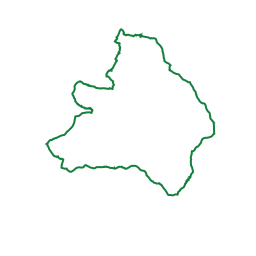 the district of Bruiu, Sibiu, Romania, rotated 143°
{"feature_id": "2599482B45043603267920", "entity_name": "Bruiu", "entity_type": "district", "adm_level": 2, "iso_a3": "ROU", "parent_name": "Romania", "parent_adm1": "Sibiu", "projection": "equal_earth", "projection_center": [24.694, 45.868], "detail": "fine", "context": "isolated", "style": "outline", "palette": "green", "viewbox_px": 256, "rotation_deg": 143, "n_neighbors": 0, "source": "geoboundaries", "source_scale": "gbopen_adm2", "svg_char_len": 5778}
<svg xmlns="http://www.w3.org/2000/svg" viewBox="0 0 256 256"><g transform="rotate(143 128 128)"><path d="M138.2,194.2L140.4,194.7L141.9,194.7L142.9,194.6L144.0,194.3L145.9,193.2L146.6,191.7L147.7,190.7L149.6,189.6L151.2,189.3L151.7,188.9L152.2,188.2L152.2,186.9L152.4,186.6L152.3,186.4L152.7,184.9L153.0,184.6L152.8,183.7L153.2,182.9L153.4,181.7L154.0,181.2L153.9,177.6L153.6,177.5L153.5,177.1L153.7,176.4L153.2,175.8L153.3,175.3L153.1,174.9L152.5,174.1L152.0,173.8L152.3,173.4L152.4,173.0L152.1,172.9L152.1,172.5L151.4,171.4L150.5,170.5L150.7,169.9L150.4,169.7L150.4,169.3L149.6,168.9L149.5,168.6L149.2,168.6L148.4,167.5L147.8,167.5L147.3,167.2L146.8,167.3L146.5,167.0L146.7,166.8L146.7,166.5L146.2,166.7L145.8,166.0L146.1,164.7L145.6,164.1L145.9,163.8L145.9,163.4L147.9,162.2L148.1,162.1L149.1,163.5L151.3,165.1L155.7,167.4L159.7,167.1L163.1,168.9L167.8,164.6L171.0,162.8L173.5,162.2L174.3,162.2L177.3,161.7L178.9,161.7L182.4,160.8L183.3,160.9L184.9,161.8L186.2,162.2L191.3,163.2L192.1,163.7L193.1,163.7L193.9,164.2L194.8,164.3L195.1,164.1L196.0,164.3L196.2,164.6L196.7,164.6L197.0,165.0L197.7,165.1L199.5,165.0L200.8,164.4L201.5,164.3L201.7,164.1L202.0,164.3L202.4,164.3L201.9,163.7L202.8,162.7L203.0,162.0L202.8,161.7L202.8,161.3L203.7,158.3L204.0,150.5L203.5,149.3L203.0,149.0L202.8,148.6L202.4,148.3L202.3,147.7L201.6,147.7L201.0,147.3L201.3,146.8L201.2,145.1L200.5,144.1L200.1,143.9L200.2,143.6L199.9,143.5L198.8,142.3L198.9,142.0L198.7,141.8L198.8,141.6L203.4,138.2L205.0,136.3L203.1,133.6L201.4,132.5L201.4,132.2L201.7,131.6L201.7,130.9L201.3,130.1L200.9,128.3L199.6,127.2L198.9,127.1L196.2,126.9L194.1,127.2L192.2,126.8L190.6,126.0L188.8,124.2L187.3,123.5L185.0,124.1L184.1,123.8L181.6,118.7L180.4,117.5L179.6,116.3L178.2,115.8L176.5,115.6L175.1,114.4L174.0,113.8L172.8,112.6L170.8,111.5L170.3,111.5L170.1,111.0L169.7,110.9L168.8,110.1L168.4,110.1L168.3,109.6L167.1,108.4L166.3,106.9L164.5,105.4L163.0,103.7L162.9,103.8L162.9,103.4L161.3,102.9L159.8,102.6L159.5,102.8L158.4,102.3L156.4,100.8L156.0,100.4L156.2,99.7L154.8,98.2L154.7,97.0L152.9,96.2L148.1,95.7L145.0,93.5L144.0,91.8L143.4,89.0L143.4,87.8L143.2,86.7L140.9,83.9L140.6,83.3L140.6,81.7L140.8,81.1L141.2,79.7L141.7,79.1L141.2,76.6L141.3,73.6L141.1,71.5L140.2,70.2L140.3,69.8L140.3,69.1L138.6,66.5L137.6,65.6L136.3,65.1L136.1,64.6L136.3,64.1L136.2,63.9L136.1,63.1L135.5,62.6L135.8,58.7L135.6,56.0L135.8,53.3L136.1,51.6L136.1,50.2L133.9,48.5L132.7,47.1L130.2,46.5L129.6,46.1L128.6,45.0L127.9,45.6L127.3,45.7L126.8,46.5L125.8,46.7L123.7,46.8L122.9,47.5L118.9,47.2L118.2,47.7L116.9,48.1L116.4,48.9L114.9,49.0L114.0,49.6L113.5,49.7L113.7,49.8L113.4,49.9L113.5,50.2L113.2,50.5L112.5,50.4L112.6,50.5L112.1,50.6L111.9,50.9L110.5,50.9L110.3,50.7L109.6,50.8L109.6,51.0L109.3,50.8L108.4,51.1L108.1,51.3L108.1,51.5L107.8,51.2L105.4,53.1L102.7,53.6L102.0,54.6L101.0,57.0L100.4,58.5L100.4,59.2L100.1,60.2L98.6,62.6L97.6,64.0L96.5,64.8L96.2,65.8L95.8,66.5L92.7,69.0L91.0,71.0L90.2,70.4L88.8,70.2L88.0,70.4L86.7,71.2L85.5,71.5L84.4,71.6L83.8,71.2L83.1,71.1L78.6,72.3L76.9,73.6L75.3,74.4L73.4,74.2L71.6,73.3L70.8,72.6L67.5,71.2L66.0,71.0L64.3,71.5L62.6,71.5L62.2,72.3L61.4,73.2L61.0,73.9L60.1,75.4L59.4,76.0L58.7,77.3L57.5,78.5L57.4,78.6L57.8,78.4L56.3,81.1L56.2,81.0L56.1,81.8L56.4,82.8L56.3,83.9L56.5,85.7L56.0,87.1L55.4,87.5L54.8,89.1L53.9,90.5L53.8,91.5L54.1,92.5L54.1,93.8L53.8,96.3L52.7,98.7L52.2,100.4L52.3,101.7L53.5,102.8L54.2,104.0L54.5,105.1L54.6,107.1L54.3,108.8L54.4,110.4L53.8,112.2L53.9,112.7L53.2,113.6L53.3,114.3L52.7,115.2L52.3,116.6L52.4,119.3L51.9,120.4L51.6,121.8L51.5,124.7L51.5,125.6L51.1,126.6L51.0,127.3L52.3,128.3L53.4,131.2L54.9,133.7L55.2,138.6L55.1,140.0L56.4,141.8L57.0,142.2L57.9,144.0L58.3,144.6L59.1,147.4L59.4,148.0L59.4,148.4L59.9,148.8L60.0,149.5L59.2,149.9L58.2,151.7L57.4,152.2L56.3,152.5L56.5,153.4L56.5,154.2L57.1,155.7L57.6,156.3L58.3,158.5L58.6,159.8L58.0,160.3L57.1,162.4L57.2,162.5L57.0,163.0L56.0,164.3L55.9,164.8L55.3,165.7L55.2,166.3L54.6,167.1L54.4,168.2L54.0,169.1L53.3,169.8L52.8,172.0L52.7,174.3L53.4,178.8L52.2,182.1L52.8,183.6L53.5,184.3L54.8,185.0L55.2,185.7L56.3,186.0L57.2,188.0L61.9,193.2L62.1,193.1L61.9,193.3L62.4,193.5L62.2,193.7L62.9,193.5L63.1,193.3L63.2,193.5L62.5,194.0L62.1,193.9L62.8,195.1L62.5,195.3L63.8,195.8L65.0,196.9L65.6,196.9L65.7,197.3L66.7,197.8L66.6,198.0L68.5,198.0L68.7,198.3L69.0,199.1L70.5,200.6L71.8,202.5L73.1,202.9L73.4,203.4L73.9,203.5L73.9,203.8L74.9,205.0L75.0,205.8L74.8,206.0L74.1,206.1L73.7,207.7L73.5,208.0L73.5,208.8L74.0,210.9L74.9,211.0L76.7,210.1L80.1,207.9L81.6,207.4L82.6,207.4L83.1,206.1L82.8,206.0L82.9,205.8L83.9,205.5L85.3,205.5L86.4,205.0L86.1,203.9L85.6,203.3L85.6,202.6L84.2,201.4L84.0,201.1L84.2,200.9L83.9,200.5L83.9,200.3L84.7,199.9L85.2,199.4L85.5,198.7L85.6,197.5L85.9,196.8L86.7,196.7L86.9,195.8L87.6,195.3L88.4,194.5L90.1,194.0L89.8,192.9L92.3,192.8L95.0,191.1L96.3,190.9L96.7,190.0L96.2,188.6L96.3,188.5L97.1,188.1L98.1,188.0L99.2,187.3L101.6,186.3L104.2,184.9L105.6,185.0L106.0,184.6L106.2,184.0L106.6,183.6L106.8,183.7L106.8,184.0L106.3,184.4L106.6,184.8L108.0,184.7L108.6,185.0L108.6,185.3L108.8,185.4L109.2,185.1L110.9,184.9L111.7,184.3L113.0,183.9L114.1,182.0L113.8,181.7L113.2,181.6L112.8,180.8L112.5,179.3L112.7,178.1L112.5,176.3L111.8,174.1L112.6,173.5L113.0,172.7L113.2,171.0L114.3,170.5L115.0,170.6L116.1,169.2L116.9,168.5L118.1,169.9L118.5,170.8L119.4,170.7L120.3,171.2L121.1,172.2L122.0,172.8L122.7,173.8L125.1,175.6L125.7,175.8L126.4,176.3L129.1,179.0L129.6,179.7L129.5,180.1L129.8,180.8L129.8,181.2L130.6,181.8L131.0,182.4L132.7,183.9L132.8,184.5L133.1,184.4L133.9,185.3L133.9,186.0L134.4,186.2L134.4,186.5L134.6,186.8L134.2,186.9L134.8,187.5L135.5,188.7L135.9,189.1L136.7,189.8L137.0,190.5L137.2,192.3L137.5,192.9L138.2,193.6L138.2,194.2Z" fill="none" stroke="#15803d" stroke-width="2"/></g></svg>